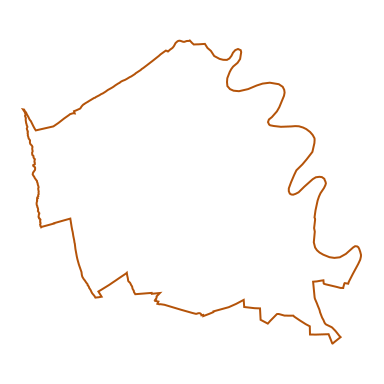 Ungheni, Iasi, Romania
{"feature_id": "2599482B66095426553968", "entity_name": "Ungheni", "entity_type": "district", "adm_level": 2, "iso_a3": "ROU", "parent_name": "Romania", "parent_adm1": "Iasi", "projection": "orthographic", "projection_center": [27.721, 47.204], "detail": "fine", "context": "isolated", "style": "outline", "palette": "amber", "viewbox_px": 384, "rotation_deg": 0, "n_neighbors": 0, "source": "geoboundaries", "source_scale": "gbopen_adm2", "svg_char_len": 5802}
<svg xmlns="http://www.w3.org/2000/svg" viewBox="0 0 384 384"><path d="M204.9,43.9L198.7,44.3L195.3,44.4L193.8,44.5L192.1,43.0L189.8,40.5L189.2,40.9L186.7,41.0L184.5,41.8L183.2,41.8L180.6,40.9L179.4,40.7L178.4,40.9L177.5,41.3L175.6,43.0L175.2,43.7L174.1,45.8L173.5,46.7L172.4,48.0L170.0,49.7L168.0,51.5L167.3,51.3L167.0,50.9L165.8,50.6L160.5,54.4L159.0,55.8L152.3,61.1L143.3,68.0L141.6,69.1L140.7,70.0L135.5,73.4L135.1,73.9L134.5,74.3L131.3,76.4L129.6,77.2L127.0,78.8L125.0,79.9L122.4,80.9L120.6,81.9L119.5,82.9L118.7,83.2L115.4,85.3L113.4,86.8L111.6,87.9L107.8,90.0L105.5,91.7L102.8,93.4L101.0,94.2L99.5,95.2L95.8,97.1L95.1,97.7L94.0,98.0L84.6,103.7L84.5,103.9L84.3,104.1L83.5,104.4L82.3,105.6L81.4,106.7L80.4,108.3L79.9,108.7L76.1,110.4L74.0,111.2L74.7,113.4L73.2,113.2L70.0,114.2L69.2,114.9L64.1,118.5L58.5,122.9L53.4,126.4L35.8,130.4L34.8,128.9L33.4,126.3L30.8,121.0L30.3,120.5L29.5,119.4L28.4,117.0L26.8,114.2L26.1,112.6L24.7,110.9L24.1,109.6L23.0,109.4L24.6,111.9L25.0,112.3L25.1,112.5L25.0,113.0L25.5,113.7L25.5,114.9L25.1,115.5L25.1,116.2L25.9,118.1L25.7,118.7L25.7,120.1L26.2,123.3L26.5,124.0L26.8,125.5L27.3,126.4L27.4,126.8L27.3,127.4L26.8,128.4L26.9,129.1L27.2,130.0L27.6,130.8L27.7,131.2L27.6,131.6L27.9,132.0L27.7,132.4L27.6,133.4L27.9,134.1L27.8,135.3L27.8,135.6L28.2,136.5L28.7,138.6L29.2,139.2L29.5,139.7L29.9,140.1L30.0,140.4L29.9,142.5L30.2,143.8L32.0,145.8L32.3,146.5L32.5,147.0L32.2,148.2L32.3,149.1L32.3,149.6L32.6,150.8L32.6,151.5L32.1,152.6L32.1,153.0L32.2,154.2L32.3,154.8L32.6,155.3L33.2,155.6L33.5,156.1L33.5,157.3L33.8,158.0L34.3,158.7L34.6,159.5L34.8,159.5L34.6,160.3L34.4,161.9L34.7,162.3L34.8,163.0L34.8,163.4L34.8,164.3L33.2,165.1L33.2,165.6L33.2,165.8L33.6,166.1L33.9,166.5L34.5,166.8L34.9,167.3L35.1,167.7L35.1,169.2L35.0,169.8L34.8,170.3L34.2,170.9L33.9,171.6L33.2,172.3L32.9,173.2L32.7,174.5L33.6,176.0L34.2,176.7L34.4,177.3L34.7,177.9L36.4,180.3L36.9,180.8L37.2,182.4L37.4,182.8L37.6,183.1L37.8,184.6L38.4,186.3L38.6,187.3L38.5,187.7L38.3,188.0L38.2,188.6L38.3,189.1L38.3,189.8L38.4,190.1L38.7,191.6L38.5,192.7L38.7,194.1L38.3,194.7L38.1,195.3L38.3,196.4L38.1,196.7L37.5,197.1L37.2,197.6L37.3,198.0L37.6,198.4L37.1,198.6L37.1,198.8L37.0,200.3L37.0,200.6L37.2,200.9L36.7,202.4L36.6,203.6L36.7,204.7L37.0,205.8L37.3,206.1L37.4,207.3L37.8,207.9L38.1,209.3L38.1,210.1L37.9,211.0L38.3,211.6L38.9,212.8L39.0,213.1L39.3,213.3L39.3,213.5L39.2,214.0L38.9,214.4L38.8,214.8L38.8,215.2L38.7,215.8L38.7,216.4L38.5,216.9L39.0,217.7L39.1,218.4L39.6,218.5L40.4,219.5L40.1,220.1L40.1,220.3L40.3,220.7L40.1,221.4L40.3,221.8L40.3,222.1L40.2,222.5L40.6,223.1L40.1,224.6L40.3,224.9L40.4,225.9L40.7,226.0L40.9,226.4L41.2,227.3L41.4,227.2L41.6,226.9L54.1,223.5L54.0,223.2L66.0,219.8L70.3,218.6L71.6,226.8L72.2,230.0L72.7,232.1L73.3,236.0L74.2,240.4L74.5,242.6L74.8,243.6L75.4,248.8L76.8,256.5L77.4,259.2L78.9,264.6L81.5,272.1L81.8,274.7L82.1,275.9L82.3,276.7L83.3,278.4L84.0,279.5L84.6,280.1L86.3,282.7L87.4,284.0L87.6,284.4L87.7,285.3L88.1,285.6L88.8,286.7L89.1,287.4L89.2,288.0L89.7,288.6L90.7,290.2L91.4,291.8L92.2,293.3L94.4,295.9L95.4,297.6L97.1,297.4L98.4,297.3L101.6,296.7L98.4,291.5L101.1,289.9L109.2,284.9L112.7,282.5L115.1,280.9L119.6,277.8L125.6,273.8L126.5,273.1L126.8,272.8L127.2,275.5L127.8,278.1L128.2,280.8L128.6,281.5L129.9,282.6L130.5,283.6L131.0,284.8L132.1,286.5L132.5,288.5L132.9,289.4L133.6,290.4L133.8,290.8L133.9,291.9L134.1,292.3L134.5,292.8L134.8,293.5L135.3,294.2L151.7,292.9L151.8,293.8L159.9,293.0L156.6,296.4L156.6,297.6L156.3,298.2L155.1,300.0L155.8,300.2L155.4,300.9L158.4,301.6L157.4,303.8L159.3,304.3L160.6,304.2L164.5,304.8L181.2,309.8L192.5,313.0L195.7,313.8L196.6,313.8L198.0,313.3L198.8,313.2L199.6,313.2L200.4,313.5L201.0,314.1L201.3,314.8L201.4,315.3L203.2,314.9L203.3,315.3L203.3,316.1L209.1,313.9L213.4,312.1L213.4,311.4L228.7,307.2L236.1,303.9L243.7,299.9L244.2,307.0L254.6,308.2L260.0,308.4L260.6,319.8L267.8,323.6L270.3,320.8L276.9,314.1L277.5,314.0L278.8,314.0L284.5,315.6L293.4,315.7L293.6,316.0L294.2,316.6L299.8,320.4L305.8,324.2L309.8,326.3L310.0,334.5L315.6,334.6L328.6,334.2L331.2,340.7L332.2,343.3L332.4,343.5L332.7,343.5L334.7,341.8L340.6,337.1L339.3,335.8L335.6,331.1L332.4,327.8L331.7,327.2L326.1,324.5L325.5,324.0L324.6,322.8L323.3,319.7L322.5,318.4L321.9,317.1L320.0,312.1L319.8,311.0L319.3,309.4L317.7,305.5L317.0,303.6L314.9,298.7L314.6,297.3L313.1,281.7L316.8,281.4L320.7,280.7L323.4,280.3L323.7,283.4L324.0,283.8L325.6,284.3L336.6,286.9L340.4,287.9L343.2,288.0L343.3,287.3L344.4,283.4L344.7,283.1L348.2,283.7L348.8,281.8L352.9,273.8L358.2,264.0L360.2,259.7L360.9,256.7L361.0,254.9L360.2,251.7L359.2,248.9L358.3,247.2L357.1,246.4L355.1,246.2L353.2,247.4L345.9,253.9L339.8,257.3L334.4,257.9L329.5,257.2L323.3,254.7L319.5,252.5L317.0,250.3L315.1,247.5L313.8,242.3L314.8,231.6L314.1,228.1L314.5,224.9L315.1,219.7L315.0,218.5L314.5,217.5L315.5,210.4L317.6,200.6L319.0,196.5L320.5,193.2L324.0,188.0L325.4,185.1L325.9,183.3L325.4,181.5L324.6,179.8L324.3,178.8L321.9,177.1L319.4,176.8L315.8,177.3L312.7,179.2L304.3,186.7L298.6,192.3L295.5,193.9L293.1,194.7L291.3,194.5L289.8,193.6L288.8,191.2L288.8,188.4L291.0,182.4L294.2,174.9L296.4,170.3L302.4,164.4L306.6,159.4L312.4,151.9L314.4,143.1L314.6,140.1L314.5,138.3L312.7,135.0L310.1,132.0L306.3,129.1L303.0,127.5L299.0,126.3L295.3,126.1L291.6,126.4L280.9,126.8L273.8,126.0L270.2,125.3L269.1,124.5L268.0,122.1L268.9,119.5L271.9,117.1L276.9,111.4L279.3,107.2L284.0,95.8L284.6,92.6L284.2,89.8L282.7,86.8L278.8,84.2L269.8,82.7L262.6,83.6L256.7,85.5L248.1,89.1L239.0,91.2L233.6,90.7L230.0,89.1L227.4,86.1L227.0,82.1L227.3,78.2L229.7,72.0L231.2,69.2L233.1,66.6L237.6,62.8L240.1,59.0L241.2,52.1L240.7,50.2L238.0,49.0L235.3,50.1L233.0,52.7L231.5,55.8L229.4,58.5L226.9,59.9L223.2,59.8L219.6,58.9L214.2,56.0L210.9,50.9L207.5,48.0L204.9,43.9Z" fill="none" stroke="#b45309" stroke-width="2"/></svg>